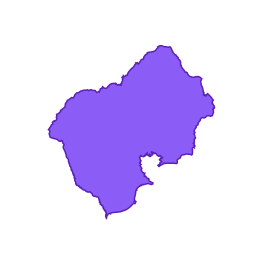 outline of Pasuruan, Jawa Timur, Indonesia, rotated 114°
{"feature_id": "22746128B81373906315979", "entity_name": "Pasuruan", "entity_type": "district", "adm_level": 2, "iso_a3": "IDN", "parent_name": "Indonesia", "parent_adm1": "Jawa Timur", "projection": "mercator", "projection_center": [112.85, -7.751], "detail": "fine", "context": "isolated", "style": "filled", "palette": "violet", "viewbox_px": 256, "rotation_deg": 114, "n_neighbors": 0, "source": "geoboundaries", "source_scale": "gbopen_adm2", "svg_char_len": 5780}
<svg xmlns="http://www.w3.org/2000/svg" viewBox="0 0 256 256"><g transform="rotate(114 128 128)"><path d="M41.5,133.6L41.5,133.2L42.6,133.4L43.1,133.7L46.4,134.5L48.1,136.3L51.3,141.0L51.9,140.8L52.8,140.8L53.7,141.7L56.2,142.4L58.8,142.0L60.0,143.6L65.2,144.4L65.3,144.7L64.5,145.9L65.0,146.3L65.2,147.3L66.6,146.9L66.9,147.4L69.7,147.7L71.7,148.5L72.1,148.9L76.4,150.2L78.3,150.4L79.6,150.1L80.1,150.2L80.7,151.3L82.2,151.7L82.5,152.7L82.2,153.3L82.7,153.1L82.7,153.5L83.9,154.0L84.2,154.1L84.6,152.7L85.5,153.0L87.0,152.1L88.7,152.4L89.5,152.3L89.7,152.0L90.2,152.3L90.3,151.9L91.0,152.1L91.9,151.7L92.1,152.5L91.7,152.8L92.0,153.1L91.9,153.8L93.0,155.0L92.7,155.6L92.9,156.6L92.5,156.8L93.0,157.6L92.5,157.3L92.2,157.5L94.0,160.9L95.4,162.1L97.1,162.8L97.7,162.7L97.7,162.9L98.5,163.3L99.5,163.3L100.5,164.0L101.3,165.7L100.6,168.0L101.6,168.1L102.3,167.7L103.5,169.2L105.5,168.8L106.0,169.3L106.9,169.1L107.0,169.8L108.3,171.2L107.1,173.1L108.1,175.9L108.0,177.3L109.8,179.3L109.6,180.6L110.6,181.7L110.9,182.8L112.2,184.7L112.8,184.9L113.2,185.9L113.8,186.5L115.4,187.1L116.9,189.2L119.6,190.1L120.7,189.9L122.5,190.2L122.9,190.5L123.1,191.9L126.4,193.7L127.4,194.7L129.0,194.6L131.1,195.1L133.3,194.4L134.5,194.2L136.8,195.2L139.3,196.8L140.6,196.2L141.7,197.0L143.0,197.2L144.5,198.7L145.2,198.6L146.1,197.8L147.3,197.9L148.3,196.9L149.2,196.7L150.5,197.0L151.5,197.8L151.4,198.1L152.1,198.3L152.0,198.7L152.8,199.1L153.8,199.3L155.0,198.3L156.6,199.3L157.7,199.2L161.9,200.0L162.1,198.8L162.7,198.0L165.3,197.7L168.1,195.3L167.9,192.3L167.2,188.3L168.0,185.6L167.6,184.1L166.9,183.8L166.7,183.4L166.5,183.5L166.6,182.5L168.1,181.7L169.1,179.7L171.6,179.6L172.6,178.9L175.4,175.6L176.8,174.5L176.8,174.1L179.5,172.5L180.9,169.7L183.2,168.5L183.6,167.7L184.1,167.6L184.8,167.0L184.8,166.6L186.5,165.5L186.5,165.1L187.6,163.8L189.2,162.9L189.2,162.2L189.8,162.2L190.6,160.7L192.2,159.7L192.2,159.1L193.1,158.7L192.9,158.3L193.6,158.1L193.9,157.2L195.1,157.0L195.1,156.6L196.0,156.3L195.8,155.8L196.3,155.9L197.8,155.1L198.6,153.9L200.1,153.1L200.1,152.4L200.8,152.3L201.2,151.2L200.8,150.8L201.1,149.9L200.8,149.4L201.4,149.1L201.5,148.2L202.1,147.4L202.0,146.9L201.6,147.0L201.4,146.7L202.3,145.4L202.3,144.6L202.7,143.9L202.3,142.0L203.0,140.1L202.7,138.1L201.8,136.9L202.8,133.8L203.9,133.0L204.1,132.0L204.2,131.1L203.6,130.1L203.8,128.8L203.5,128.4L203.3,127.1L204.0,126.1L204.6,125.9L205.2,124.9L205.6,125.0L206.3,124.5L206.4,124.1L206.7,124.1L206.9,123.4L207.4,123.6L207.5,123.1L208.4,122.6L208.7,121.8L209.0,121.9L208.9,121.4L209.1,120.5L209.5,120.5L209.7,119.0L210.1,118.6L210.8,118.5L211.0,117.8L211.6,117.8L212.0,117.1L212.2,116.2L212.6,116.0L212.5,115.4L213.0,115.4L212.9,114.9L213.9,113.7L214.4,113.8L214.9,112.9L216.4,113.0L216.5,112.4L216.8,112.6L217.4,112.3L217.7,112.5L219.2,111.0L218.8,110.9L217.5,111.6L216.2,111.2L214.9,111.2L214.1,110.7L213.7,110.4L213.6,109.0L212.9,109.1L212.2,108.7L207.6,100.9L204.3,97.3L201.8,95.4L199.0,93.9L194.3,92.2L194.3,90.9L192.0,90.8L191.9,91.8L192.3,92.4L191.6,92.3L191.6,92.6L189.3,93.6L185.3,94.3L181.8,95.4L181.2,95.2L181.3,94.9L181.0,94.7L180.7,95.2L180.1,95.3L178.9,95.0L176.8,93.9L176.3,93.9L175.5,93.2L175.6,92.8L174.8,92.8L174.9,92.4L173.6,91.6L173.8,91.2L171.0,87.8L170.4,86.4L170.2,84.0L169.9,83.2L169.0,82.9L168.6,82.9L168.6,82.7L167.9,83.1L168.0,85.0L167.7,87.0L167.0,87.8L166.2,88.0L165.8,89.0L166.1,89.6L165.8,90.7L164.9,92.2L165.5,93.3L164.7,93.8L164.3,93.7L164.1,94.0L163.5,94.0L163.3,94.4L162.5,94.3L162.9,95.2L162.5,95.7L162.8,96.4L160.8,99.3L159.6,98.8L158.9,99.4L157.6,101.9L156.1,101.2L155.6,102.8L154.9,102.5L154.6,103.1L153.4,102.7L153.2,103.2L152.4,103.0L151.9,103.9L150.1,105.5L149.8,105.2L149.4,105.4L148.0,105.2L148.4,104.2L147.8,102.0L146.4,101.7L146.7,101.2L145.9,100.6L145.7,101.0L145.0,100.6L144.4,101.0L143.2,100.4L144.1,100.1L144.8,98.7L144.1,98.0L143.3,97.9L143.6,96.7L143.8,96.6L145.1,97.1L145.2,96.3L142.2,94.6L141.8,95.4L141.4,95.3L140.8,96.5L140.6,96.3L140.3,96.6L140.0,95.3L140.6,93.6L139.8,93.2L140.2,91.4L140.8,90.8L141.4,88.8L141.0,88.5L141.1,88.0L140.2,87.6L140.1,87.2L140.9,85.8L141.0,84.5L142.0,84.7L141.9,85.3L142.3,85.5L142.3,85.9L144.2,86.4L144.6,85.5L144.1,85.3L144.9,83.5L146.9,84.7L147.7,84.1L149.3,85.2L150.0,85.4L150.6,84.1L150.1,83.6L148.8,83.2L148.0,82.3L146.0,80.9L145.4,80.7L145.7,80.4L144.1,77.8L142.8,74.4L142.2,73.5L140.7,69.2L139.7,68.8L137.5,69.9L136.8,70.0L134.5,68.6L134.5,68.3L131.5,68.1L130.5,67.5L129.7,66.0L128.0,64.2L126.7,59.8L126.8,59.1L126.1,58.6L125.0,58.8L121.5,60.3L120.8,60.9L120.0,60.9L119.4,60.8L118.8,60.2L119.0,59.4L118.4,59.7L117.2,59.5L116.7,60.0L116.7,61.0L115.7,61.0L115.5,62.0L114.9,61.9L114.8,61.5L114.0,61.9L113.6,61.7L111.6,62.8L109.7,62.2L108.8,63.3L107.3,64.2L106.7,65.4L107.0,65.7L105.1,64.9L104.5,65.4L104.5,66.2L101.9,66.5L99.9,65.9L98.8,66.6L96.6,65.4L94.1,65.9L93.2,65.6L91.7,65.1L90.2,65.4L89.4,65.2L88.2,64.3L87.8,62.6L86.9,61.6L85.3,61.1L84.4,60.3L83.9,59.1L83.7,57.3L82.5,56.4L82.4,56.0L78.8,56.3L76.5,57.6L76.4,58.1L75.5,58.1L75.6,57.6L74.7,57.5L74.6,57.2L73.6,57.6L72.5,58.7L72.6,58.9L71.0,60.9L71.3,61.1L71.0,61.4L70.3,61.4L70.0,61.8L67.8,61.4L66.9,63.6L66.3,64.0L64.2,69.2L65.1,69.6L66.7,69.6L66.6,70.0L67.0,70.5L66.6,70.6L67.2,71.0L67.0,71.4L66.6,71.1L66.3,72.3L66.6,72.5L65.5,72.7L64.6,73.2L64.8,73.7L63.3,74.5L60.8,76.4L58.9,78.6L56.1,80.4L55.4,80.8L54.3,80.5L52.9,80.7L52.3,83.4L52.6,85.2L53.3,86.2L53.4,86.9L54.4,87.8L55.1,88.9L55.5,90.3L55.7,92.9L55.6,93.5L54.1,96.0L53.3,96.5L53.3,97.7L53.8,98.6L52.5,100.2L50.6,103.9L49.1,104.9L49.1,105.5L48.6,105.8L46.3,106.8L44.9,108.4L44.7,109.5L44.0,110.6L43.3,110.8L42.6,112.8L42.2,113.5L41.8,113.8L41.9,115.2L40.7,117.5L36.8,122.1L37.0,123.2L37.8,123.8L38.3,126.2L39.0,127.9L39.2,131.0L40.2,132.7L41.5,133.6Z" fill="#8b5cf6" stroke="#5b21b6" stroke-width="1.5"/></g></svg>